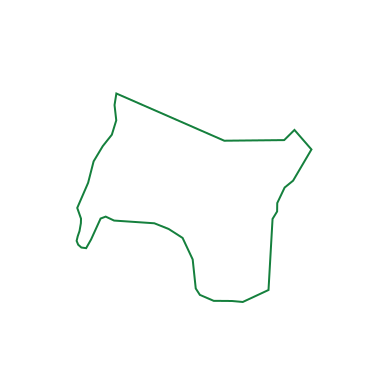 the border of Kanal, rotated 61°
{"feature_id": "SVN-1028", "entity_name": "Kanal", "entity_type": "Municipality", "adm_level": 1, "iso_a3": "SVN", "parent_name": "Slovenia", "parent_adm1": "", "projection": "albers", "projection_center": [13.646, 46.088], "detail": "fine", "context": "isolated", "style": "outline", "palette": "green", "viewbox_px": 384, "rotation_deg": 61, "n_neighbors": 0, "source": "natural_earth", "source_scale": "10m", "svg_char_len": 637}
<svg xmlns="http://www.w3.org/2000/svg" viewBox="0 0 384 384"><g transform="rotate(61 192 192)"><path d="M69.2,210.4L162.8,138.9L191.3,86.2L187.4,72.3L212.7,66.9L231.1,98.1L233.0,108.8L243.0,122.8L250.3,127.0L254.6,134.6L314.8,172.6L312.8,200.9L306.7,209.9L297.7,225.8L285.8,235.0L278.2,235.5L251.3,224.1L227.6,222.5L213.1,230.3L201.1,240.1L179.2,274.0L171.7,279.4L170.9,284.8L184.6,303.3L189.8,311.8L186.9,315.7L182.9,317.1L178.8,316.6L175.4,313.5L171.6,309.3L165.4,304.3L161.5,302.0L150.3,300.1L133.6,278.4L117.5,263.2L108.6,247.8L103.0,234.3L92.6,223.5L78.4,217.6L69.2,210.4Z" fill="none" stroke="#15803d" stroke-width="2"/></g></svg>